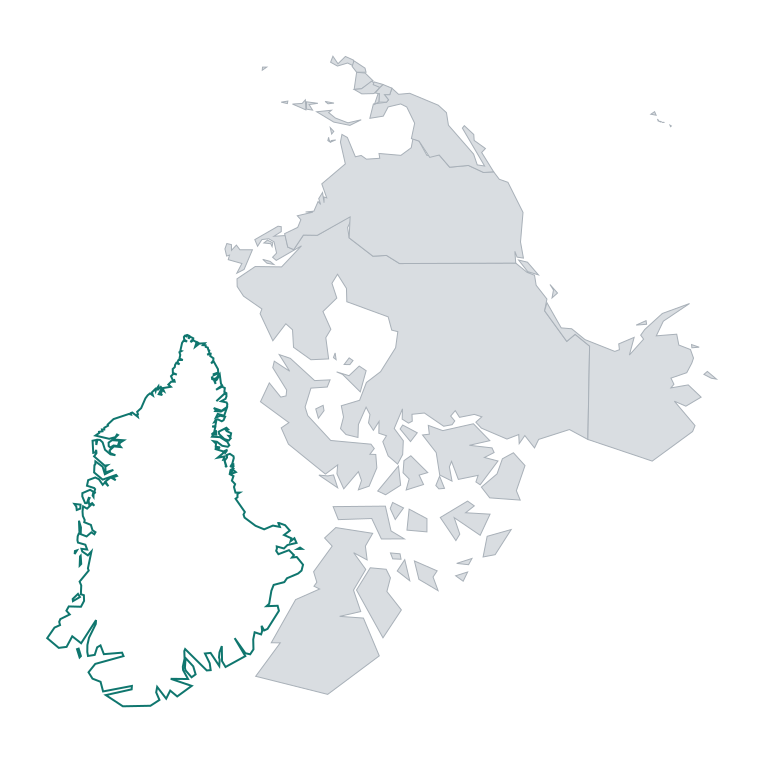 Greenland on a map of North America (Mercator projection), rotated 181°
{"feature_id": "GRL", "entity_name": "Greenland", "entity_type": "country or territory", "adm_level": 0, "iso_a3": "GRL", "parent_name": "North America", "parent_adm1": "", "projection": "mercator", "projection_center": [-41.68, 71.708], "detail": "fine", "context": "in_parent", "style": "outline", "palette": "teal", "viewbox_px": 768, "rotation_deg": 181, "n_neighbors": 17, "source": "natural_earth", "source_scale": "50m", "svg_char_len": 14346}
<svg xmlns="http://www.w3.org/2000/svg" viewBox="0 0 768 768"><g transform="rotate(181 384 384)"><path d="M254.4,507.2L242.9,498.1L235.4,495.4L233.6,485.4L222.6,471.8L224.7,460.0L202.0,429.8L193.8,437.0L179.1,425.5L179.2,332.1L197.8,341.7L228.4,331.3L232.4,322.7L242.3,334.9L247.8,326.7L248.4,335.8L260.1,331.1L285.9,341.6L291.5,347.4L285.6,352.9L293.1,355.2L307.9,352.0L312.3,358.6L316.8,353.1L312.6,348.3L315.2,344.5L323.6,342.8L343.1,355.7L355.5,354.2L355.1,347.3L358.8,345.3L365.2,349.2L365.1,359.5L373.0,339.7L363.7,327.6L364.1,313.8L369.0,304.2L378.6,312.2L384.2,326.3L380.6,332.3L388.3,334.7L388.3,346.5L393.8,337.5L398.8,344.9L397.5,353.2L401.5,360.5L408.9,343.0L409.1,330.1L421.1,332.8L426.7,338.6L423.9,350.3L426.3,361.5L408.1,367.3L401.6,385.2L387.6,396.3L373.0,420.5L371.1,436.6L377.2,438.0L381.0,451.2L422.6,465.6L423.2,478.9L432.4,492.9L437.8,483.8L432.7,469.1L446.3,455.4L438.1,437.8L443.0,429.3L439.8,408.1L457.5,407.0L475.1,419.1L476.4,436.6L483.2,442.5L495.9,425.3L509.1,452.1L507.4,456.9L526.0,469.4L532.5,478.9L532.8,486.6L514.8,499.2L488.4,499.3L468.9,520.7L493.9,505.7L497.6,508.8L493.7,513.0L496.4,524.2L501.8,527.2L508.6,526.3L512.8,519.5L515.7,526.1L492.7,539.9L489.5,539.5L489.4,534.6L496.6,529.8L485.3,530.7L482.6,519.2L476.6,516.8L467.2,531.5L453.3,531.5L421.9,550.5L419.0,548.8L423.1,539.8L421.4,529.5L397.3,511.6L383.7,512.6L370.6,504.7L254.4,507.2ZM415.4,406.9L418.5,402.8L424.2,402.8L419.3,409.5L415.4,406.9ZM432.9,292.2L428.5,279.4L447.5,291.8L438.7,291.1L432.9,292.2ZM433.4,414.2L432.3,407.5L435.0,409.5L433.4,414.2ZM375.6,259.6L373.3,265.7L362.3,260.4L370.4,248.7L375.6,259.6ZM374.6,215.2L365.0,214.5L363.9,209.1L372.2,209.3L374.6,215.2ZM354.8,187.7L367.5,197.3L360.2,208.7L354.8,187.7ZM432.7,260.5L380.5,261.9L374.4,237.2L361.0,229.5L383.9,229.0L393.9,249.3L427.3,247.6L432.7,260.5ZM296.3,204.8L308.2,205.9L293.0,211.1L296.3,204.8ZM301.4,188.2L309.0,193.5L297.1,197.5L301.4,188.2ZM533.1,492.2L528.2,502.0L541.9,505.6L540.7,510.2L543.6,509.2L545.4,516.3L543.6,521.7L539.0,520.7L538.8,515.0L534.0,520.3L530.4,515.7L517.9,515.9L525.9,496.1L533.1,492.2ZM407.6,375.7L425.6,392.9L431.6,395.3L419.1,391.7L409.1,401.5L402.1,397.0L407.6,375.7ZM428.9,302.3L441.0,292.9L478.5,322.2L486.0,338.3L478.4,343.7L507.2,364.1L498.7,383.1L487.0,369.1L481.7,370.4L481.2,376.2L495.5,398.4L494.1,404.9L478.5,395.1L489.3,411.6L478.1,408.0L453.4,386.2L438.0,387.2L440.7,380.0L457.0,378.6L462.5,359.6L459.7,351.1L436.3,326.6L396.0,323.6L392.6,319.3L396.9,313.5L391.0,313.4L389.7,300.0L397.1,281.6L407.8,277.7L404.8,287.1L408.1,295.9L422.4,278.5L429.5,293.4L428.9,302.3ZM365.6,283.1L380.5,273.3L388.4,276.9L368.1,302.3L365.6,283.1ZM254.3,240.7L269.9,215.3L281.9,212.8L278.2,233.5L254.3,240.7ZM212.1,478.0L217.5,473.0L216.2,480.9L219.8,486.4L212.1,478.0ZM326.3,178.3L345.7,189.3L350.5,207.6L327.6,198.1L331.6,191.9L326.3,178.3ZM251.6,510.3L242.7,508.3L231.5,495.8L242.3,498.9L251.6,510.3ZM245.8,270.3L276.3,272.0L284.8,282.6L269.4,296.1L264.3,311.3L253.4,317.5L241.6,304.9L249.8,279.6L245.8,270.3ZM309.4,228.7L325.4,251.5L298.4,268.4L291.6,263.7L300.2,256.7L275.7,255.7L285.2,234.4L311.5,251.6L305.6,235.2L309.4,228.7ZM314.3,288.1L326.7,294.0L330.6,316.3L344.6,333.7L337.8,334.6L339.0,343.4L324.4,338.4L293.9,345.8L277.2,329.2L297.6,324.2L274.9,322.0L272.7,317.4L282.3,312.3L268.7,309.0L286.1,284.9L290.4,287.7L288.3,294.3L308.0,289.9L315.1,307.8L317.2,302.3L314.3,288.1ZM347.3,293.5L342.7,284.2L360.0,278.4L357.2,289.5L363.4,295.6L362.7,307.7L355.9,312.7L338.7,296.2L347.3,293.5ZM321.7,280.7L327.3,280.1L330.4,283.4L326.8,292.8L321.7,280.7ZM338.5,236.9L358.5,238.3L356.7,259.3L338.7,250.1L338.5,236.9ZM362.7,158.4L380.6,130.2L407.9,177.5L394.5,200.0L378.6,198.8L374.2,190.3L377.5,176.6L362.7,158.4ZM384.0,112.1L434.9,72.7L507.2,89.5L483.2,123.4L492.2,123.3L468.6,166.9L444.8,177.9L450.5,180.6L447.7,184.6L451.1,195.1L433.0,221.0L440.7,229.0L429.7,239.6L392.7,234.5L399.8,221.6L397.8,207.8L411.4,214.8L399.0,198.3L410.9,177.4L403.3,156.1L424.3,150.9L400.5,149.6L384.0,112.1ZM451.8,357.9L444.5,361.6L443.5,356.3L449.0,348.6L451.8,357.9ZM356.5,326.9L367.1,339.3L364.6,343.3L349.9,335.8L356.5,326.9ZM496.2,501.6L503.1,502.7L507.4,506.5L500.0,504.6L496.2,501.6ZM498.3,519.4L499.7,522.3L506.6,522.9L503.0,525.8L497.7,523.2L498.3,519.4Z" fill="#d9dde1" stroke="#a8b0b8" stroke-width="1"/><path d="M254.4,507.2L370.6,504.7L383.7,512.6L397.3,511.6L421.4,529.5L420.8,550.5L453.3,531.5L467.2,531.5L476.6,516.8L482.6,519.2L486.0,532.6L473.0,539.1L470.0,546.8L473.6,550.7L458.1,554.6L465.4,554.6L457.1,555.6L453.1,565.3L450.5,562.4L452.5,568.2L448.8,574.4L447.1,564.2L447.2,569.9L444.5,569.1L449.7,583.0L426.5,603.4L431.8,625.1L430.4,632.8L424.9,629.8L416.6,610.7L410.8,612.1L405.5,608.5L392.2,609.6L393.0,614.4L371.1,612.9L360.9,620.7L359.3,629.9L353.2,627.5L345.1,613.3L332.8,613.9L322.1,601.9L303.4,604.0L288.1,597.2L278.1,598.1L272.3,590.7L263.6,587.8L248.0,558.0L250.0,528.4L246.8,512.3L253.2,513.2L255.5,519.0L254.4,507.2ZM179.2,332.1L179.1,425.5L193.8,437.0L202.0,429.8L224.7,460.0L222.5,468.1L207.8,443.2L197.3,442.5L183.8,431.9L153.8,420.6L149.2,422.4L150.0,428.2L134.7,435.0L139.2,417.2L125.2,433.4L128.2,437.3L124.3,443.0L106.9,459.4L79.9,469.8L105.8,451.7L112.6,436.9L92.2,438.9L89.9,428.1L78.2,423.8L75.0,415.3L76.6,410.3L81.5,400.6L97.2,394.9L94.1,388.8L97.1,385.1L79.8,388.4L66.7,376.4L81.8,367.1L93.4,371.9L72.3,347.8L74.6,341.9L114.5,311.6L179.2,332.1ZM51.7,394.7L56.9,395.5L64.3,399.2L60.9,402.2L51.7,394.7ZM116.6,657.5L121.9,658.4L118.2,661.0L116.6,657.5ZM114.4,651.7L115.2,653.7L114.0,652.1L114.4,651.7ZM111.8,650.8L113.7,651.5L111.5,651.3L111.8,650.8ZM108.1,650.4L110.1,650.4L109.9,650.6L108.1,650.4ZM102.0,646.3L102.6,647.8L101.2,647.0L102.0,646.3ZM69.5,426.3L76.8,425.6L77.2,428.8L69.5,426.3ZM122.5,448.3L132.9,447.3L123.1,451.9L122.5,448.3Z" fill="#d9dde1" stroke="#a8b0b8" stroke-width="1"/><path d="M466.4,657.5L466.4,664.8L455.0,663.5L463.8,662.1L460.2,656.6L466.4,657.5Z" fill="#d9dde1" stroke="#a8b0b8" stroke-width="1"/><path d="M467.6,666.7L466.9,656.7L480.4,662.3L470.7,663.1L467.6,666.7Z" fill="#d9dde1" stroke="#a8b0b8" stroke-width="1"/><path d="M436.5,627.2L440.9,625.3L441.0,626.5L436.5,627.2ZM441.2,624.4L444.4,626.4L443.7,629.7L443.0,626.7L441.2,624.4ZM438.6,635.7L440.7,633.0L442.2,639.4L438.6,635.7Z" fill="#d9dde1" stroke="#a8b0b8" stroke-width="1"/><path d="M278.1,598.1L288.1,597.2L303.4,604.0L322.1,601.9L332.8,613.9L342.2,611.4L353.2,627.5L360.9,629.8L357.9,645.3L366.1,661.4L372.2,664.3L384.7,661.1L389.4,651.8L402.8,649.4L399.5,663.8L386.4,665.8L384.5,668.2L388.6,673.3L383.3,673.4L381.3,679.9L374.5,673.9L363.4,675.1L334.6,663.7L326.3,656.4L324.1,643.9L298.4,615.4L294.6,604.7L287.2,603.7L310.1,641.2L308.2,643.7L298.6,635.0L298.1,629.1L286.7,621.2L290.4,617.2L278.1,598.1Z" fill="#d9dde1" stroke="#a8b0b8" stroke-width="1"/><path d="M443.0,704.8L440.8,710.8L435.6,703.4L428.3,710.8L420.2,707.3L419.8,701.4L426.0,704.3L436.1,701.1L443.0,704.8Z" fill="#d9dde1" stroke="#a8b0b8" stroke-width="1"/><path d="M421.4,701.0L419.7,706.6L408.5,699.5L407.4,695.4L416.8,695.2L421.4,701.0Z" fill="#d9dde1" stroke="#a8b0b8" stroke-width="1"/><path d="M416.8,695.2L408.3,694.6L400.2,686.9L411.6,678.8L419.0,678.0L416.8,695.2Z" fill="#d9dde1" stroke="#a8b0b8" stroke-width="1"/><path d="M419.0,678.0L411.6,678.8L401.7,686.6L393.2,680.4L399.2,674.2L411.3,673.7L419.0,678.0Z" fill="#d9dde1" stroke="#a8b0b8" stroke-width="1"/><path d="M393.2,680.4L400.0,683.1L399.2,685.9L390.1,683.4L393.2,680.4Z" fill="#d9dde1" stroke="#a8b0b8" stroke-width="1"/><path d="M381.3,679.9L383.3,673.4L388.6,673.3L384.5,668.2L386.4,665.8L394.1,665.8L393.7,674.1L397.9,674.8L393.2,680.4L390.1,683.4L381.3,679.9Z" fill="#d9dde1" stroke="#a8b0b8" stroke-width="1"/><path d="M394.1,665.8L398.4,663.5L395.0,674.1L393.7,674.1L394.1,665.8Z" fill="#d9dde1" stroke="#a8b0b8" stroke-width="1"/><path d="M485.5,662.7L491.7,664.0L485.1,665.2L485.5,662.7Z" fill="#d9dde1" stroke="#a8b0b8" stroke-width="1"/><path d="M438.9,664.0L444.9,663.2L447.8,665.5L438.9,664.0Z" fill="#d9dde1" stroke="#a8b0b8" stroke-width="1"/><path d="M422.6,642.0L438.8,645.0L456.1,655.0L441.3,656.8L444.1,654.4L437.3,649.1L424.6,644.5L411.4,647.8L422.6,642.0Z" fill="#d9dde1" stroke="#a8b0b8" stroke-width="1"/><path d="M506.8,698.8L511.2,695.6L511.0,698.7L506.8,698.8Z" fill="#d9dde1" stroke="#a8b0b8" stroke-width="1"/><path d="M639.5,57.2L656.7,68.1L631.0,74.3L630.8,77.7L659.5,71.7L662.2,81.3L670.3,84.3L674.4,90.6L667.8,99.1L639.7,107.4L641.2,110.8L659.4,109.0L662.9,117.7L666.2,115.7L668.5,108.1L675.2,106.9L676.0,110.9L676.0,117.9L674.5,125.2L668.0,139.0L667.8,142.9L682.3,119.5L691.3,126.3L696.8,115.6L704.6,114.5L716.3,124.0L709.2,134.7L703.7,137.3L704.6,140.5L703.5,143.3L694.2,148.1L697.6,151.8L695.3,156.1L683.1,156.0L680.1,161.9L680.4,167.6L683.4,168.5L683.2,177.3L684.9,181.1L676.0,192.3L676.8,194.5L673.6,211.5L677.1,207.5L682.8,211.3L683.6,213.9L677.9,213.3L679.8,218.1L687.2,220.1L687.8,222.5L687.6,226.4L686.5,229.3L678.7,226.4L674.0,230.6L671.0,228.7L669.9,230.8L672.9,232.7L674.6,238.0L681.3,240.6L680.9,242.8L682.8,246.8L683.2,251.2L682.7,256.4L678.7,254.2L673.9,258.9L671.5,257.3L673.7,259.8L676.6,258.1L677.4,262.4L676.4,264.8L677.2,265.0L679.0,259.7L680.8,259.7L683.7,266.4L683.7,269.6L676.0,273.1L672.6,271.1L673.4,267.4L672.5,266.1L672.5,268.9L671.0,270.4L671.6,271.7L671.0,273.8L671.9,274.9L679.2,277.1L678.1,282.7L671.0,285.5L667.3,283.7L663.5,278.3L661.3,280.7L657.8,277.0L660.9,281.6L655.6,285.8L650.6,283.1L653.6,285.8L649.4,287.4L650.3,288.4L663.6,283.5L672.3,290.5L672.1,297.8L671.3,298.5L671.2,301.6L663.9,296.4L661.5,288.9L653.1,293.4L660.8,290.8L661.2,296.3L659.2,297.9L661.8,297.5L672.6,306.6L670.3,309.8L670.4,311.3L670.7,313.1L671.2,310.7L673.5,310.1L674.4,322.2L670.8,323.0L670.6,318.0L669.6,323.3L666.9,323.1L664.3,320.7L661.8,313.4L656.3,308.9L651.3,308.1L656.5,310.1L657.2,312.8L652.9,316.9L645.9,316.3L647.6,318.3L647.0,320.6L643.1,323.2L653.7,323.8L649.1,328.3L650.1,328.8L651.6,326.2L657.8,324.4L671.6,327.4L667.9,330.1L668.1,331.2L664.7,331.8L665.2,333.6L662.9,333.6L662.9,335.4L659.2,337.5L659.6,338.6L653.8,344.2L638.5,349.6L636.3,349.0L636.7,350.5L635.2,351.1L629.6,346.9L630.2,349.0L629.5,349.5L630.3,351.9L626.4,355.6L622.3,365.5L620.1,368.6L617.8,370.5L614.9,368.5L615.9,371.6L612.8,374.8L612.2,373.0L611.6,375.2L610.0,374.4L607.1,377.2L606.1,376.0L609.1,369.9L605.5,369.1L607.1,370.4L605.5,374.0L603.9,373.0L605.3,376.0L597.1,377.5L599.6,379.7L596.8,382.6L593.3,382.7L593.8,384.3L595.1,383.9L597.1,388.1L594.6,390.6L591.3,389.8L595.3,391.4L595.5,395.3L593.5,397.2L593.2,399.5L592.1,401.4L588.8,400.1L591.0,402.2L589.9,404.4L585.6,404.5L588.9,405.9L588.2,409.6L589.1,412.2L587.1,413.4L588.2,413.7L586.6,421.6L585.2,423.7L581.6,423.1L584.5,424.8L584.9,427.5L584.1,428.7L581.4,427.8L582.7,429.2L581.6,429.6L579.5,428.7L580.3,425.8L578.7,427.9L575.5,426.4L575.6,424.9L577.2,424.2L578.1,422.5L575.5,424.3L572.7,422.9L572.4,421.5L573.5,417.8L569.3,421.2L563.9,421.6L565.6,419.7L563.0,419.6L562.9,418.0L560.8,417.3L560.3,415.1L559.3,414.5L559.7,413.7L558.9,411.9L561.2,410.2L557.9,411.0L558.2,408.9L555.0,406.7L555.1,404.5L557.2,401.6L554.7,403.6L550.3,396.0L549.9,392.6L555.3,390.6L554.3,390.7L554.5,389.7L550.0,391.8L549.3,390.7L551.3,387.3L553.5,386.2L554.9,386.1L556.3,388.4L555.9,385.9L554.2,385.3L552.4,381.1L553.4,385.0L551.3,386.7L551.6,385.1L551.2,385.4L548.4,390.6L547.0,381.5L545.8,379.8L551.8,375.3L545.8,378.5L543.1,377.2L543.5,373.3L542.3,372.6L551.3,363.9L543.8,371.0L541.4,371.5L541.3,368.8L542.2,366.4L546.5,363.9L541.1,362.8L540.3,361.2L540.6,358.2L545.9,354.4L553.8,357.0L551.5,355.2L552.3,354.0L546.6,353.6L540.9,356.8L543.3,349.5L549.7,351.2L551.5,347.5L547.2,349.4L542.3,348.5L543.8,345.0L545.6,343.9L549.6,345.8L551.7,345.1L553.0,342.9L551.2,343.5L551.9,339.0L555.1,338.5L551.9,338.1L553.0,332.7L554.9,331.1L554.3,329.4L555.0,328.3L547.0,328.0L539.7,323.5L537.6,320.0L539.1,318.5L544.7,319.4L550.0,323.3L553.5,323.8L550.9,321.4L551.2,318.1L549.0,316.1L552.1,316.2L543.9,313.9L543.4,312.2L549.0,307.4L542.1,308.8L543.3,305.7L542.5,306.0L540.6,299.2L541.2,298.3L540.1,298.9L542.0,304.6L539.7,307.7L539.9,310.3L536.9,311.5L533.2,309.1L532.9,307.3L534.3,301.7L536.3,298.4L533.2,300.8L533.0,299.1L534.4,298.4L533.1,297.0L535.9,295.4L536.7,291.2L532.9,289.3L534.4,284.7L531.1,281.3L532.2,278.4L530.6,272.8L526.4,272.9L528.6,271.5L528.5,268.2L530.4,266.7L520.9,253.6L522.2,251.0L521.1,248.0L510.0,240.0L501.3,236.6L492.6,240.5L485.6,239.3L487.2,243.1L486.6,243.2L480.4,241.1L475.6,235.8L481.3,231.3L473.9,228.1L474.7,225.1L470.9,228.2L468.7,223.6L477.7,221.3L481.2,217.8L488.4,219.7L488.2,217.6L488.9,215.3L486.6,212.0L476.1,216.2L471.1,211.4L473.0,208.9L468.2,209.5L461.8,201.9L463.2,196.0L466.6,193.0L477.6,188.1L480.2,184.2L490.8,181.2L493.0,175.3L495.0,162.2L497.6,159.8L486.5,160.4L485.1,155.4L496.2,137.1L499.5,135.5L502.2,140.1L501.5,134.9L502.5,131.5L509.0,133.5L510.3,126.3L509.9,116.4L513.1,111.4L517.9,112.4L528.9,127.3L517.9,109.5L537.5,98.3L541.1,104.1L541.6,119.1L543.8,112.8L544.2,107.8L543.5,105.4L543.8,99.2L552.7,112.1L558.3,111.4L553.4,101.8L552.3,94.9L556.2,94.5L578.2,115.5L579.0,113.5L578.6,105.9L580.2,97.8L579.9,94.5L574.8,85.6L592.1,85.5L571.0,78.8L585.3,68.0L592.4,73.7L596.3,65.6L605.5,77.2L606.4,71.7L603.0,64.2L611.9,58.2L639.5,57.2ZM542.7,326.2L547.9,331.0L548.5,333.4L540.8,337.5L539.0,335.8L541.2,335.1L540.5,334.2L536.0,332.1L536.5,329.3L538.4,329.4L536.3,327.1L538.2,324.8L542.7,326.2ZM658.2,317.2L658.3,320.6L654.9,323.1L647.4,322.7L649.1,317.3L653.3,317.8L656.6,315.7L658.2,317.2ZM577.6,106.5L569.8,98.4L567.3,90.4L571.3,87.4L577.4,94.2L578.1,96.7L577.6,106.5ZM691.5,163.6L686.3,168.8L684.3,165.7L691.2,161.5L691.5,163.6ZM689.0,252.7L689.5,256.0L691.5,258.7L685.3,258.1L685.5,254.1L689.0,252.7ZM686.6,242.0L684.5,235.2L684.6,230.5L686.0,231.5L686.6,242.0ZM535.6,292.3L533.3,295.5L530.6,293.3L534.8,291.6L535.6,292.3ZM686.3,113.5L684.7,114.1L682.3,106.7L683.6,105.3L686.3,113.5ZM552.2,334.0L551.2,334.0L550.8,330.4L553.5,330.5L552.2,334.0ZM684.9,206.3L684.3,207.0L683.6,198.8L685.1,197.2L684.9,206.3ZM467.5,217.6L465.1,219.0L463.1,217.7L467.5,217.6ZM542.1,314.3L540.2,315.2L540.0,314.6L541.5,312.4L542.1,314.3ZM690.1,211.6L688.1,212.3L690.3,208.6L690.1,211.6ZM572.1,420.1L571.4,422.5L569.7,421.5L572.1,420.1ZM549.4,318.1L547.6,317.9L547.5,317.5L548.2,316.5L549.4,318.1ZM610.4,376.5L609.5,377.8L609.3,376.1L610.4,376.5Z" fill="none" stroke="#0f766e" stroke-width="2"/></g></svg>